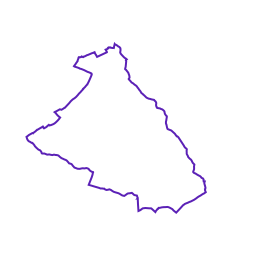 Bolbosi, Gorj, Romania (Equal Earth projection), rotated 18°
{"feature_id": "2599482B55979442092240", "entity_name": "Bolbosi", "entity_type": "district", "adm_level": 2, "iso_a3": "ROU", "parent_name": "Romania", "parent_adm1": "Gorj", "projection": "equal_earth", "projection_center": [23.209, 44.74], "detail": "fine", "context": "isolated", "style": "outline", "palette": "violet", "viewbox_px": 256, "rotation_deg": 18, "n_neighbors": 0, "source": "geoboundaries", "source_scale": "gbopen_adm2", "svg_char_len": 5665}
<svg xmlns="http://www.w3.org/2000/svg" viewBox="0 0 256 256"><g transform="rotate(18 128 128)"><path d="M186.7,127.6L178.7,121.2L177.5,120.7L176.9,120.9L176.2,120.3L175.5,119.9L174.7,119.2L173.8,118.7L172.4,118.1L170.0,117.0L166.5,116.8L165.8,116.6L165.0,115.5L163.9,113.6L163.7,113.3L163.4,112.7L162.9,112.3L162.5,111.5L162.3,110.7L162.1,110.1L162.1,109.1L162.0,108.8L161.8,107.4L161.7,106.9L161.5,105.3L161.1,104.7L160.3,104.4L158.7,103.1L157.8,101.6L157.6,101.1L157.4,100.9L157.0,100.6L155.7,100.0L154.7,99.7L153.4,99.7L152.4,99.5L149.7,99.9L149.3,99.8L149.0,99.6L148.9,99.2L148.1,98.5L147.6,97.5L147.5,97.1L147.2,95.6L146.7,94.9L146.1,94.3L144.6,93.6L144.1,93.2L143.9,93.2L142.5,93.4L141.4,93.5L140.2,93.5L138.5,93.7L136.2,93.4L134.4,92.5L133.2,91.9L132.1,91.5L131.8,91.3L131.4,91.0L130.1,90.7L128.3,89.1L126.4,87.9L125.7,87.2L124.6,86.6L123.8,85.9L123.2,85.5L122.2,85.1L120.7,84.7L119.4,84.1L118.8,83.9L117.3,83.6L116.3,82.9L113.7,81.4L113.5,81.2L113.9,79.7L113.6,78.9L113.0,77.7L111.8,76.2L111.5,75.7L110.7,75.0L108.7,73.7L108.2,73.3L107.2,73.0L107.0,72.6L106.9,72.0L106.9,70.7L106.3,67.9L105.9,66.2L105.8,65.6L105.5,64.8L105.0,64.2L105.1,63.9L105.6,63.1L104.7,62.7L103.1,62.3L102.0,61.8L99.1,60.2L98.0,59.5L97.5,58.9L97.2,58.5L97.0,57.3L96.9,56.6L96.7,55.9L96.2,54.7L95.9,54.3L95.6,54.2L95.1,53.8L94.6,53.6L93.4,53.4L92.2,52.9L90.4,52.5L89.7,52.5L89.4,52.3L89.6,54.9L89.8,56.0L89.8,56.3L89.4,56.3L88.3,56.8L87.6,56.8L86.7,57.0L86.1,56.8L85.9,56.9L85.5,57.2L84.9,57.2L84.7,57.3L84.5,57.5L84.4,57.6L84.3,57.8L84.7,58.0L84.5,58.5L83.8,59.3L82.5,60.4L83.2,61.0L84.4,62.2L84.5,62.5L76.6,69.9L74.9,68.3L74.6,68.1L73.7,67.4L73.1,66.6L72.8,66.8L72.6,66.4L71.2,67.6L70.6,68.0L67.4,70.8L66.5,71.4L65.0,73.0L63.9,73.7L63.8,73.9L63.8,74.1L63.4,74.5L63.2,74.5L62.8,74.4L62.5,74.5L62.0,74.3L61.9,74.3L61.9,74.5L61.7,74.8L61.4,74.9L61.2,75.2L60.7,75.4L60.4,75.7L59.5,75.7L59.3,75.9L59.2,76.5L59.3,76.9L59.3,78.3L59.2,79.4L59.4,79.9L58.6,82.4L58.4,83.3L57.5,85.9L58.1,86.1L61.6,86.1L63.2,86.2L63.6,86.4L65.5,86.3L68.4,86.5L72.1,87.1L73.4,87.1L73.6,87.1L75.7,87.3L76.5,87.5L76.7,87.8L76.7,88.2L76.7,88.3L77.0,88.5L76.9,90.3L76.4,95.4L76.1,97.5L75.9,98.5L75.9,99.1L75.7,99.2L75.4,100.0L74.8,101.4L74.4,102.5L73.5,104.1L73.2,104.6L73.4,104.8L72.1,107.6L71.6,108.9L71.1,109.7L70.4,111.3L70.3,111.7L69.1,114.4L67.9,116.3L66.8,117.6L66.3,118.4L65.3,120.2L64.4,122.5L62.9,125.7L62.3,127.0L61.8,128.0L61.6,128.4L61.3,128.5L60.5,129.6L59.1,131.2L58.9,131.2L57.4,131.3L55.0,133.9L54.3,134.6L53.6,135.2L53.3,135.6L54.6,136.1L55.1,136.5L57.2,137.8L59.1,138.6L60.2,139.0L59.7,140.6L58.8,142.7L57.7,144.8L56.9,146.1L55.9,147.3L53.9,149.0L53.5,149.3L52.7,149.5L52.4,149.9L52.1,149.9L51.7,149.6L51.4,150.1L51.0,150.5L50.2,152.1L49.7,152.7L48.2,154.3L47.9,154.2L47.1,153.3L46.6,152.9L45.4,154.4L45.2,154.5L43.8,156.1L43.0,157.0L42.3,157.8L42.1,157.8L41.5,158.8L41.2,159.5L39.3,162.2L39.3,162.3L38.7,162.3L36.1,165.1L35.7,165.6L35.1,166.6L34.2,167.8L35.5,169.6L36.3,170.4L37.2,171.0L38.0,171.3L39.5,171.5L40.4,171.8L41.1,171.9L41.0,171.5L40.9,171.3L41.0,171.4L41.8,171.8L43.2,172.6L43.8,173.0L44.5,173.5L45.1,174.1L47.0,175.1L49.2,176.1L50.0,176.3L50.8,176.3L51.5,176.5L52.7,177.3L53.0,177.6L53.7,178.6L54.1,178.8L54.7,178.7L56.4,178.1L59.3,178.3L60.6,177.8L61.1,177.5L63.3,177.3L64.5,177.1L65.1,176.7L65.7,176.3L66.5,176.1L67.3,176.1L68.3,175.8L68.8,175.8L69.6,175.6L70.7,175.8L71.8,176.4L74.0,177.2L76.0,177.4L77.2,177.6L78.6,177.6L79.8,177.9L80.2,178.1L81.0,178.6L81.9,179.1L82.8,179.8L83.2,179.8L84.6,179.7L85.5,179.8L86.3,180.3L87.2,181.0L88.0,181.4L88.8,181.9L89.1,182.1L89.3,182.2L90.8,182.2L91.6,182.3L92.9,182.3L94.9,181.7L95.8,181.1L97.1,180.4L97.7,180.2L99.1,179.9L100.7,179.0L101.2,178.9L102.9,179.0L103.4,179.2L104.3,179.9L105.4,180.4L106.9,180.8L107.2,180.8L108.4,180.7L108.5,180.8L108.5,182.0L108.7,183.4L108.7,185.5L108.7,186.1L108.2,194.2L119.1,193.9L120.5,194.0L122.5,193.4L123.2,193.4L124.0,193.0L125.2,193.5L126.6,193.6L128.1,192.9L128.5,192.6L129.2,192.1L129.4,192.1L130.9,192.2L132.8,192.8L134.3,193.1L136.0,193.1L138.2,193.0L139.2,193.0L140.4,193.2L142.4,193.7L143.3,193.9L144.9,193.8L145.5,193.7L146.6,192.2L147.2,191.4L147.5,190.9L148.1,190.3L150.3,189.3L151.7,188.5L153.2,189.1L154.1,189.6L154.9,189.8L157.3,189.5L158.9,191.7L158.8,192.0L159.0,191.9L161.1,197.5L163.6,203.7L164.6,202.8L165.2,202.2L166.5,200.3L166.8,199.9L167.6,199.5L169.3,198.7L170.6,198.4L172.7,197.9L174.7,197.3L175.1,197.3L180.0,199.5L180.2,198.2L180.7,197.1L181.1,195.8L181.3,195.7L181.6,195.6L181.7,195.2L181.8,195.0L181.8,194.5L182.8,194.2L183.4,193.8L184.9,192.9L185.9,192.5L186.7,192.1L187.5,191.9L189.9,190.9L190.8,190.8L191.2,190.8L192.3,190.9L195.0,191.4L195.7,191.7L196.8,192.4L200.0,193.6L202.6,188.1L204.2,184.5L204.6,183.9L205.1,183.4L205.4,182.8L205.9,182.3L208.2,180.4L209.3,179.3L209.9,178.9L210.5,178.4L213.1,175.8L214.8,173.6L215.5,172.5L215.9,172.0L216.9,170.8L217.9,169.8L218.7,168.7L219.9,167.3L220.4,166.9L221.8,165.0L220.6,163.6L220.4,163.1L220.1,162.4L220.3,162.2L220.3,161.7L220.1,160.8L219.0,159.0L218.7,158.6L217.9,157.4L217.7,157.0L217.6,156.6L217.5,156.1L217.5,155.1L217.1,155.2L217.0,155.5L216.5,155.5L216.0,154.4L215.8,153.6L215.3,153.2L214.8,152.8L213.5,152.7L213.2,152.6L212.3,151.9L211.3,151.5L209.1,151.2L208.7,151.0L207.8,150.9L206.2,150.4L205.0,150.4L203.8,149.9L203.6,149.7L203.5,149.4L203.6,147.1L203.5,146.5L203.0,145.0L202.7,144.3L202.4,142.2L200.3,141.1L199.0,139.8L198.7,139.4L197.9,138.8L197.4,138.5L196.2,138.1L195.1,137.5L194.1,136.9L193.4,135.9L192.1,134.8L191.7,134.1L191.6,133.9L191.3,132.8L190.8,131.7L190.6,130.4L190.4,129.9L189.7,129.5L188.8,129.2L188.0,128.8L187.0,128.0L186.7,127.6Z" fill="none" stroke="#5b21b6" stroke-width="2"/></g></svg>